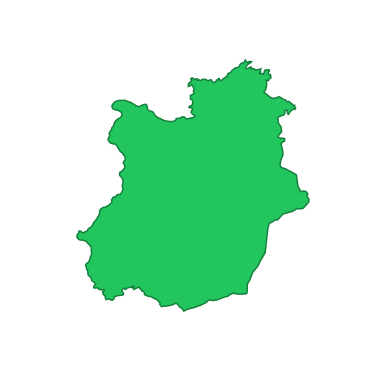 outline of Tesouro, Mato Grosso, Brazil, rotated 153°
{"feature_id": "56859067B1460135185078", "entity_name": "Tesouro", "entity_type": "district", "adm_level": 2, "iso_a3": "BRA", "parent_name": "Brazil", "parent_adm1": "Mato Grosso", "projection": "orthographic", "projection_center": [-53.481, -15.916], "detail": "fine", "context": "isolated", "style": "filled", "palette": "green", "viewbox_px": 384, "rotation_deg": 153, "n_neighbors": 0, "source": "geoboundaries", "source_scale": "gbopen_adm2", "svg_char_len": 6014}
<svg xmlns="http://www.w3.org/2000/svg" viewBox="0 0 384 384"><g transform="rotate(153 192 192)"><path d="M288.5,134.6L288.3,133.2L287.5,132.7L288.1,131.6L286.5,131.6L284.7,131.4L283.4,131.5L282.1,130.8L282.2,129.1L281.3,127.8L281.7,126.5L280.5,125.8L280.2,124.0L280.8,122.4L280.5,121.4L279.9,120.6L278.9,119.9L278.2,118.7L276.8,118.0L275.9,117.3L275.4,116.3L274.7,115.6L274.2,114.4L272.5,112.4L271.7,112.0L271.9,110.8L270.9,107.8L271.7,106.6L271.3,103.7L269.8,103.4L265.9,101.7L265.1,101.9L264.2,101.0L263.0,101.1L260.4,100.2L256.9,100.3L255.5,98.0L255.5,96.0L254.9,94.6L253.6,92.5L253.7,91.4L253.4,89.6L250.1,89.6L246.3,89.0L242.7,88.1L235.5,87.2L229.4,87.1L226.2,88.3L223.0,86.0L219.4,84.6L210.3,83.6L207.4,82.8L204.3,83.3L200.3,82.9L200.1,82.1L197.2,80.0L191.9,77.4L189.4,76.7L188.5,77.5L184.7,84.6L179.8,87.9L174.5,92.8L167.2,95.9L162.5,99.5L154.4,104.7L140.7,125.5L137.5,128.9L133.2,128.9L131.1,129.6L129.3,128.5L128.0,128.4L121.7,130.8L120.7,131.0L110.8,129.1L106.5,129.5L101.3,127.1L100.2,127.1L92.6,130.0L91.5,131.6L91.0,132.7L91.6,135.9L89.7,137.6L90.0,140.2L91.8,142.1L92.9,142.6L95.0,142.8L95.5,143.8L94.7,145.0L95.1,147.6L94.6,150.1L91.5,159.0L91.4,160.4L98.4,170.6L100.5,172.3L101.2,173.6L101.5,174.9L101.3,175.9L98.8,179.6L97.2,181.2L94.7,183.1L93.9,184.3L92.7,186.7L91.1,193.0L91.0,194.4L89.0,195.4L86.6,195.3L85.2,197.3L86.9,199.0L88.1,199.1L88.7,200.0L89.8,200.9L90.3,202.2L89.6,203.0L84.9,204.8L83.1,209.4L83.7,214.0L83.0,216.3L81.5,219.5L80.0,219.6L75.2,219.0L74.3,219.4L73.3,220.3L72.2,222.4L70.9,222.2L70.1,221.6L70.9,219.6L71.1,217.6L70.1,217.5L69.5,218.3L66.6,219.7L63.8,219.7L63.1,219.0L61.9,219.2L61.5,220.3L62.0,221.7L61.1,222.6L62.4,223.2L63.0,225.4L63.8,226.4L64.0,227.9L64.8,228.9L65.9,228.9L66.6,230.1L67.1,231.8L68.4,233.0L69.8,235.6L71.5,237.6L72.9,237.4L75.2,238.0L76.6,238.1L78.3,239.7L79.2,240.8L82.5,248.0L82.0,249.0L80.4,249.3L77.5,252.5L77.0,253.7L76.4,254.4L75.2,257.9L74.2,256.8L73.2,256.5L72.1,257.6L71.0,257.9L70.0,257.8L69.1,259.6L68.9,261.1L69.9,261.4L70.4,262.6L69.3,264.4L68.0,264.7L67.8,266.0L69.1,266.3L70.8,267.4L71.9,267.3L74.9,264.5L76.6,266.4L77.7,266.1L78.4,266.8L77.8,267.6L76.9,267.8L76.0,268.6L75.7,269.7L74.8,270.6L77.1,270.8L79.4,271.7L80.3,272.4L80.8,273.5L83.1,274.9L82.4,275.9L82.9,276.8L86.1,276.8L87.4,277.0L88.0,278.1L87.4,279.0L84.0,280.5L82.8,280.4L80.7,280.7L79.8,281.1L81.8,282.3L84.0,282.3L84.4,283.4L84.6,285.4L86.8,283.7L87.8,283.8L88.7,284.2L89.9,284.2L91.3,283.8L92.3,282.9L94.0,282.1L95.5,282.2L96.7,282.9L100.9,282.2L102.0,281.8L103.6,280.8L105.6,281.3L106.5,281.1L107.4,280.0L108.6,279.1L109.9,279.2L110.8,278.7L111.9,278.8L113.9,278.4L115.2,277.7L115.7,278.7L116.8,279.0L116.2,280.8L117.6,280.8L118.4,280.4L119.4,280.6L120.3,279.6L121.7,279.6L123.4,280.0L124.0,281.2L123.7,282.6L124.5,283.7L127.3,283.7L128.0,284.3L128.2,285.8L129.5,286.2L130.1,287.1L131.5,287.6L133.1,287.4L134.4,288.0L135.0,289.1L136.1,288.6L136.9,289.6L136.2,290.6L137.5,291.1L138.8,291.0L139.7,293.3L140.6,293.7L141.9,293.2L141.8,291.6L142.7,291.0L144.8,290.6L146.0,289.9L147.4,287.7L146.5,287.5L143.7,287.6L143.3,286.4L143.3,283.9L143.6,282.6L144.2,281.8L145.0,281.4L145.1,279.6L146.6,278.7L148.2,278.6L149.3,279.0L150.5,276.8L151.3,275.8L150.1,273.9L150.5,271.7L151.2,270.6L152.2,269.7L153.1,269.2L155.1,269.5L156.3,269.0L155.9,268.2L154.8,267.6L153.5,266.3L154.6,265.1L155.9,264.2L156.7,263.1L156.4,261.9L155.4,259.3L155.1,258.1L155.9,257.6L157.3,257.9L158.5,257.9L159.6,258.8L161.5,258.4L162.3,259.2L163.5,259.7L164.4,260.5L164.9,262.6L166.1,262.9L166.8,263.6L167.8,263.2L169.4,263.3L170.5,263.9L171.6,264.0L172.5,264.7L173.1,263.9L175.1,263.2L177.7,263.8L179.8,264.8L183.1,267.3L185.0,269.0L186.5,271.2L188.1,273.1L189.3,275.0L190.0,277.0L190.3,278.6L190.2,279.9L190.5,281.1L191.4,282.2L192.8,283.3L193.9,284.8L193.9,286.0L192.9,289.4L193.0,290.8L195.0,291.8L197.5,292.1L199.6,291.9L200.7,292.3L202.8,294.4L203.8,296.4L205.7,299.3L210.4,304.3L215.3,306.6L218.2,307.3L220.5,307.1L222.9,306.1L224.0,305.4L224.7,304.2L224.7,302.5L224.2,301.4L222.7,299.7L221.0,298.5L219.6,296.6L218.7,294.8L218.8,293.5L219.3,292.6L221.2,291.1L222.3,290.7L224.3,290.8L226.4,290.4L227.8,290.0L229.9,288.8L231.5,286.9L232.6,286.0L233.8,285.9L234.9,285.0L235.6,283.7L236.9,283.4L239.3,281.8L239.5,279.8L242.4,277.6L243.0,276.8L243.0,274.3L242.3,272.5L240.0,270.3L238.8,269.6L238.1,268.2L237.5,260.3L236.2,258.6L236.3,257.3L235.8,254.7L236.2,252.0L237.4,250.6L238.9,250.3L240.0,249.2L240.0,247.6L239.8,246.4L240.1,245.4L240.8,244.3L244.5,242.4L247.2,242.4L248.7,240.4L248.8,239.2L248.1,237.1L248.0,235.1L248.9,232.0L250.9,229.9L251.4,229.0L252.3,225.7L253.1,224.8L257.1,222.2L258.6,223.3L260.1,223.5L262.3,222.4L263.6,223.1L265.2,222.8L267.2,221.6L268.1,218.9L270.4,218.6L271.6,218.1L274.8,218.0L275.7,217.7L278.0,218.6L280.9,218.3L282.6,217.5L284.2,214.8L286.0,213.0L286.9,212.8L288.1,212.1L288.7,211.4L293.1,209.6L295.2,208.2L296.0,207.1L297.1,207.0L298.3,206.3L299.6,206.6L301.6,206.0L302.6,205.1L304.1,204.8L305.4,205.2L306.6,204.9L307.7,205.1L308.4,205.9L308.6,207.1L309.4,208.1L310.3,208.5L312.1,206.5L313.5,206.3L314.8,204.5L315.1,203.5L314.8,202.1L313.9,200.4L312.9,199.6L312.0,199.3L311.2,198.7L309.0,196.4L308.4,195.3L308.0,193.1L307.0,190.1L307.0,189.1L307.2,187.9L309.8,181.9L311.7,180.7L312.5,179.4L315.0,177.1L316.0,176.8L316.9,176.1L318.3,176.3L319.6,175.5L320.3,174.5L320.2,173.0L320.9,171.3L320.9,168.4L321.9,166.4L322.1,165.5L321.9,164.3L320.8,160.5L321.6,159.2L321.3,157.9L319.7,155.0L319.6,153.9L321.0,153.5L322.5,152.3L322.9,151.5L322.3,150.5L320.2,149.9L319.4,148.7L318.9,147.2L317.8,146.8L317.2,145.8L315.5,145.5L314.6,144.3L315.4,143.9L317.0,143.6L317.6,140.9L316.8,139.5L316.5,138.2L317.2,137.6L317.5,135.2L315.0,134.5L314.1,134.0L313.7,133.1L312.4,131.8L310.3,132.0L308.8,133.9L305.1,133.4L301.5,131.9L300.1,131.6L298.9,132.7L299.4,135.0L298.7,136.4L297.8,137.2L296.6,137.3L296.0,135.9L295.3,135.3L293.5,135.8L290.3,135.3L289.7,134.5L288.5,134.6ZM288.5,134.6L287.4,135.3L286.9,134.2L288.5,134.6Z" fill="#22c55e" stroke="#15803d" stroke-width="1.5"/></g></svg>